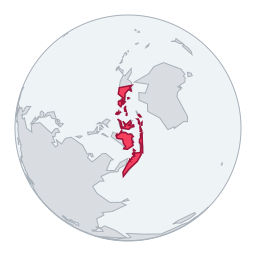 globe centered on Indonesia, rotated 257°
{"feature_id": "IDN", "entity_name": "Indonesia", "entity_type": "country or territory", "adm_level": 0, "iso_a3": "IDN", "parent_name": "Asia", "parent_adm1": "", "projection": "orthographic", "projection_center": [119.503, -2.501], "detail": "medium", "context": "on_globe", "style": "filled", "palette": "rose", "viewbox_px": 256, "rotation_deg": 257, "n_neighbors": 0, "source": "natural_earth", "source_scale": "50m", "svg_char_len": 8788}
<svg xmlns="http://www.w3.org/2000/svg" viewBox="0 0 256 256"><g transform="rotate(257 128 128)"><circle cx="128" cy="128" r="113" fill="#eef3f6" stroke="#a8b0b8"/><path d="M222.2,156.8L222.1,157.6L222.2,156.8ZM186.2,31.5L190.4,34.3L191.5,35.8L187.9,32.7L185.8,31.3L185.4,31.4L183.1,30.0L181.6,29.4L178.9,28.0L177.0,26.7L175.2,25.8L172.2,24.8L172.7,24.7L167.9,22.9L164.3,21.4L171.8,24.2L179.1,27.6L186.2,31.5ZM234.1,91.1L233.2,88.6L233.9,90.1L234.1,91.1ZM232.6,87.2L232.9,88.0L232.6,87.3L232.6,87.2ZM232.3,86.7L232.5,87.0L232.3,86.9L232.3,86.7ZM231.2,85.3L231.0,85.0L231.0,84.8L231.2,85.3ZM189.2,33.4L188.4,32.9L189.2,33.4ZM181.9,29.6L182.6,30.1L181.5,29.6L181.9,29.6ZM176.4,27.0L174.4,26.3L176.1,26.8L176.4,27.0ZM173.0,25.7L168.2,24.2L169.5,25.0L163.2,22.1L169.4,24.1L171.3,24.5L171.4,24.9L173.0,25.7ZM160.5,20.9L159.1,20.5L160.2,20.7L160.5,20.9ZM31.4,70.0L31.7,69.8L38.2,60.4L37.8,60.6L43.6,53.4L44.5,52.4L45.5,52.6L46.9,51.0L49.3,47.7L52.6,44.8L50.5,46.4L49.1,47.9L47.7,49.1L48.9,47.8L50.0,46.7L50.3,46.5L57.4,40.3L64.9,34.7L72.9,29.7L81.3,25.5L78.8,26.7L81.1,25.6L80.3,26.0L84.1,24.4L83.8,24.6L88.1,22.8L88.0,23.0L85.3,24.1L90.9,22.3L92.1,22.5L93.5,22.1L94.8,21.5L95.3,22.4L96.4,22.1L96.6,21.6L98.8,20.6L103.0,19.4L103.0,19.8L101.5,20.3L98.3,22.1L94.3,23.6L94.7,23.7L98.1,22.5L102.0,20.2L104.6,19.5L103.1,20.3L103.8,19.9L105.1,19.7L106.3,19.9L108.0,18.9L121.7,17.0L125.4,17.7L122.6,18.4L132.1,18.7L135.6,20.2L135.7,19.6L140.4,19.8L139.4,19.3L139.9,19.1L151.5,20.4L154.2,21.3L159.4,22.0L159.5,21.8L157.8,21.1L163.2,22.1L169.5,25.0L168.9,25.2L173.2,27.2L171.4,27.6L171.8,29.1L167.3,28.9L168.1,30.4L169.7,31.1L171.9,33.9L170.9,38.1L164.6,31.7L164.7,26.5L164.1,28.2L162.1,27.1L160.6,27.3L160.3,28.7L161.6,29.3L150.4,29.2L145.5,33.4L151.0,34.0L153.7,36.2L153.0,43.4L140.1,52.3L143.6,56.7L143.4,59.4L139.3,60.4L139.5,56.5L136.0,54.7L136.8,52.6L130.4,53.5L131.2,50.5L125.8,53.1L127.1,55.7L132.5,55.7L127.4,59.6L132.0,64.7L131.8,70.5L121.5,79.9L112.1,82.4L111.4,84.3L108.1,81.9L103.0,85.5L108.7,97.2L108.3,100.5L100.4,106.5L100.4,103.9L91.6,97.4L89.5,105.4L96.1,112.5L98.3,120.7L93.0,117.9L90.8,110.7L87.7,108.2L88.9,101.2L87.0,90.9L81.7,92.6L82.5,88.6L79.1,80.5L71.6,82.9L59.6,93.5L57.3,104.0L53.4,108.8L50.2,93.7L51.4,83.9L48.5,84.9L46.6,77.0L38.3,77.1L38.7,74.7L36.8,75.9L35.7,73.8L36.8,70.0L35.5,70.4L32.8,80.5L34.5,80.1L38.0,76.0L36.8,79.7L38.0,83.0L31.1,92.6L21.3,102.2L23.0,94.5L29.0,74.7L30.3,72.4L30.4,72.2L30.6,71.7L28.5,75.4L30.4,71.8L24.4,85.3L22.3,91.4L21.2,102.7L20.6,104.0L21.1,106.3L25.6,102.8L25.0,105.4L21.3,118.2L17.3,136.3L19.4,148.1L21.6,158.3L22.5,165.7L25.8,173.5L26.7,176.6L29.0,181.1L31.6,186.2L33.1,188.7L28.9,181.6L25.2,174.1L22.1,166.4L19.5,158.4L17.6,150.3L16.2,142.1L15.5,133.8L15.4,125.5L15.9,117.1L17.0,108.9L18.7,100.7L21.0,92.7L23.9,84.9L27.4,77.3L31.4,70.0ZM88.2,22.6L85.7,23.7L82.7,24.9L83.1,24.7L88.2,22.6ZM44.0,58.1L46.3,58.3L49.8,52.9L51.0,52.7L51.8,51.0L50.1,52.5L52.6,48.2L55.3,46.7L57.4,44.6L56.7,44.4L51.4,47.9L47.7,53.9L45.2,56.2L44.0,58.1ZM36.9,62.0L35.4,63.9L36.0,63.1L36.3,62.6L36.9,62.0ZM70.5,210.4L72.8,211.8L71.7,211.9L70.5,210.4ZM26.5,155.9L30.6,174.1L29.2,174.4L26.6,169.2L23.5,158.2L24.4,154.9L24.3,149.9L26.5,155.9ZM127.0,141.8L130.5,142.6L130.3,143.2L127.0,141.8ZM123.3,139.7L127.3,140.2L122.6,140.8L123.3,139.7ZM128.8,140.4L132.9,139.7L134.6,139.0L134.3,140.1L128.8,140.4ZM120.6,139.5L106.3,138.4L100.7,136.7L101.9,134.8L111.0,135.8L120.6,139.5ZM101.5,134.7L93.0,128.8L82.0,112.8L85.9,113.2L97.6,123.1L96.8,124.7L101.9,129.2L101.5,134.7ZM122.2,126.0L121.4,131.0L113.5,130.0L109.9,128.9L107.4,122.4L108.8,119.2L111.7,119.5L123.4,109.6L127.4,112.5L123.7,116.7L127.0,121.3L122.2,126.0ZM57.6,105.1L59.3,111.4L57.3,112.5L57.6,105.1ZM128.4,102.6L123.5,106.8L128.0,101.0L128.4,102.6ZM131.2,97.1L131.4,99.4L129.6,97.0L131.2,97.1ZM111.0,87.4L107.9,87.7L107.9,86.1L112.0,84.8L111.0,87.4ZM131.5,75.5L131.0,79.9L130.3,81.3L129.1,78.5L131.5,75.5ZM107.1,18.0L101.3,19.0L97.3,20.1L95.2,21.0L95.7,20.4L102.0,18.7L107.1,18.0ZM119.9,17.0L121.8,16.5L122.6,16.7L122.3,16.8L119.9,17.0ZM119.9,16.7L119.0,16.3L121.2,16.1L121.4,16.4L119.9,16.7ZM111.1,16.6L109.4,16.9L110.2,16.8L111.1,16.6ZM195.6,199.5L196.6,200.8L193.4,203.9L189.0,206.7L185.2,206.9L195.6,199.5ZM164.5,202.3L164.4,198.0L169.0,198.4L167.1,201.9L164.5,202.3ZM198.6,197.4L201.5,194.1L202.7,189.2L202.2,193.9L204.4,194.8L197.5,200.8L198.6,197.4ZM147.7,182.7L125.6,188.6L120.7,187.2L121.8,183.8L117.1,173.1L118.7,173.5L117.5,166.5L130.5,161.3L139.8,150.9L147.1,152.4L152.6,145.0L160.2,146.5L158.0,152.6L166.0,157.9L171.3,144.4L176.2,160.4L182.0,167.0L183.7,177.4L173.4,193.0L167.5,195.5L166.3,193.6L163.9,195.0L160.0,193.7L157.8,187.7L155.4,189.1L157.7,185.2L154.2,188.5L152.2,184.7L147.7,182.7ZM202.2,163.4L203.3,164.1L205.1,167.4L203.3,166.4L202.2,163.4ZM219.3,159.1L219.8,160.7L218.6,160.6L219.3,159.1ZM222.0,157.7L220.6,157.8L222.2,156.8L222.0,157.7ZM208.1,155.6L208.7,156.8L208.2,157.0L208.1,155.6ZM207.7,155.2L208.4,153.8L208.3,155.3L207.7,155.2ZM202.3,145.5L203.0,144.9L203.3,145.6L202.3,145.5ZM135.6,143.2L140.5,139.7L143.2,139.6L135.6,143.2ZM201.3,143.7L199.6,143.1L199.8,142.4L201.3,143.7ZM201.4,141.8L201.2,140.6L202.3,143.5L201.4,141.8ZM198.1,138.5L200.2,141.0L197.9,138.7L198.1,138.5ZM196.8,138.6L195.3,137.4L195.4,137.0L196.8,138.6ZM179.6,136.8L185.3,144.5L180.8,143.5L175.6,138.5L171.7,141.8L162.6,139.8L164.7,137.7L163.4,133.9L154.2,131.3L152.3,128.7L155.6,127.6L149.5,125.0L156.2,124.8L158.9,129.9L162.7,126.7L169.2,128.5L175.6,131.1L180.8,135.6L179.6,136.8ZM156.2,135.3L157.4,135.5L156.4,136.8L156.2,135.3ZM192.4,134.1L194.6,136.9L194.3,137.4L193.2,136.8L192.4,134.1ZM182.0,135.0L187.6,132.0L188.9,132.3L185.2,136.2L182.0,135.0ZM186.2,129.2L188.8,130.2L190.2,132.7L189.7,133.3L186.2,129.2ZM142.7,129.3L142.4,130.6L140.7,129.4L142.7,129.3ZM144.9,128.7L150.1,130.8L144.4,129.8L144.9,128.7ZM129.3,122.6L130.8,125.9L135.5,124.3L131.9,126.8L135.2,132.3L134.1,134.2L130.9,128.2L129.8,133.9L127.7,133.7L126.6,128.6L128.6,122.8L130.7,120.5L139.3,120.3L129.3,122.6ZM144.8,124.9L143.5,121.1L144.5,118.9L146.0,120.9L144.8,124.9ZM139.5,112.2L136.0,107.8L132.7,109.0L139.4,104.1L141.7,109.1L139.5,112.2ZM136.7,103.1L133.6,104.2L136.8,101.3L136.7,103.1ZM132.8,102.8L132.6,100.0L135.0,100.6L132.8,102.8ZM138.2,103.4L139.0,98.8L140.1,101.6L138.2,103.4ZM131.8,93.9L136.8,98.8L130.1,96.3L130.3,87.6L133.1,87.7L131.8,93.9ZM150.1,63.2L149.7,61.0L152.3,60.9L151.9,62.4L150.1,63.2ZM160.6,59.5L152.9,60.2L146.6,61.3L148.4,62.4L146.7,65.9L144.2,62.2L148.8,58.9L153.5,58.8L154.5,56.1L158.2,54.8L157.8,51.3L159.5,50.2L161.2,53.4L160.6,59.5ZM157.4,49.9L158.1,44.5L163.1,46.1L164.0,47.7L161.6,49.4L159.2,48.4L157.4,49.9ZM159.7,43.8L157.4,42.8L153.4,35.1L153.8,33.9L159.4,40.2L157.5,39.7L157.6,41.5L159.7,43.8ZM159.3,20.7L159.1,20.5L160.2,20.9L159.3,20.7ZM139.2,18.9L140.0,18.6L141.3,19.0L139.2,18.9ZM142.9,18.3L140.9,18.1L143.0,18.2L142.9,18.3ZM136.5,17.7L140.1,17.9L136.6,18.0L136.5,17.7Z" fill="#d9dde1" stroke="#a8b0b8" stroke-width="1"/><path d="M108.7,119.2L110.4,121.5L114.2,120.1L118.2,120.3L120.5,114.9L123.3,114.6L124.6,115.9L123.2,116.0L124.6,119.1L127.0,121.2L124.9,120.9L124.2,124.6L121.7,126.6L121.6,129.2L118.6,131.3L117.9,129.5L115.3,128.9L113.0,130.1L112.7,128.8L109.9,129.0L107.4,122.5L108.7,119.2ZM81.9,112.6L86.1,113.2L96.1,122.1L95.2,122.9L97.3,122.7L96.8,124.4L98.6,125.3L99.2,128.3L100.6,127.9L101.8,129.3L101.4,134.7L99.2,134.9L93.4,129.5L87.8,119.7L81.9,112.6ZM169.2,128.6L168.7,141.3L167.3,139.0L165.0,139.5L165.6,137.5L162.3,133.0L156.1,130.7L155.9,129.2L154.1,131.2L152.3,128.7L155.6,128.4L156.0,127.4L152.9,127.6L150.4,126.0L153.1,123.9L156.1,124.7L156.5,127.8L158.5,129.9L163.4,126.2L169.2,128.6ZM139.0,119.8L136.3,122.5L129.4,122.6L130.3,125.8L135.7,124.6L131.6,126.8L134.6,131.7L132.1,132.4L130.3,128.3L129.8,134.1L128.1,134.1L128.2,131.0L126.6,128.4L129.5,121.2L136.7,121.4L139.0,119.8ZM102.0,134.8L107.0,136.5L110.4,136.8L111.1,135.8L114.4,136.7L115.4,138.2L118.1,138.4L118.1,139.6L118.5,140.3L100.5,136.7L102.0,134.8ZM144.1,121.5L146.0,120.1L145.1,121.7L146.4,122.7L144.4,122.6L145.5,124.9L143.5,120.9L144.7,118.8L144.1,121.5ZM148.0,128.8L150.0,130.8L148.2,129.7L144.4,130.0L145.0,128.8L148.0,128.8ZM134.4,140.0L131.0,140.6L128.6,140.2L130.2,139.3L133.5,140.0L134.6,139.0L134.4,140.0ZM123.5,139.5L127.3,140.1L122.7,140.8L123.5,139.5ZM138.5,140.7L138.6,142.1L136.0,143.3L136.1,142.0L138.5,140.7ZM101.8,126.5L103.3,128.3L103.0,129.2L100.1,127.3L101.8,126.5ZM165.2,138.5L162.7,139.8L164.9,137.9L165.2,138.5ZM126.9,141.8L130.0,142.2L130.5,142.9L126.9,141.8ZM140.9,129.2L143.1,130.3L140.8,129.8L140.9,129.2ZM119.5,138.9L119.5,140.5L118.2,139.1L119.5,138.9ZM122.0,139.2L122.3,140.5L120.9,140.3L122.0,139.2ZM106.0,128.5L104.8,129.5L104.9,128.2L106.0,128.5ZM157.5,134.5L157.4,135.6L156.9,135.7L156.4,134.5L157.5,134.5Z" fill="#f43f5e" stroke="#9f1239" stroke-width="1.5"/></g></svg>